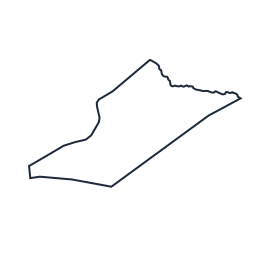 Abu Radis, Janub Sina', Egypt (Mercator projection), rotated 144°
{"feature_id": "37247803B44606701734202", "entity_name": "Abu Radis", "entity_type": "district", "adm_level": 2, "iso_a3": "EGY", "parent_name": "Egypt", "parent_adm1": "Janub Sina'", "projection": "mercator", "projection_center": [33.203, 29.047], "detail": "fine", "context": "isolated", "style": "outline", "palette": "slate", "viewbox_px": 256, "rotation_deg": 144, "n_neighbors": 0, "source": "geoboundaries", "source_scale": "gbopen_adm2", "svg_char_len": 1272}
<svg xmlns="http://www.w3.org/2000/svg" viewBox="0 0 256 256"><g transform="rotate(144 128 128)"><path d="M176.0,90.3L55.5,90.7L19.5,85.8L19.7,86.3L20.6,88.5L20.6,89.2L20.2,90.1L20.0,90.6L20.3,91.9L21.0,93.2L22.3,94.6L22.3,95.4L23.1,95.8L24.0,95.9L24.6,96.2L25.3,96.7L26.3,98.4L27.4,99.4L28.5,99.1L29.2,98.6L30.6,99.0L31.6,99.5L32.2,100.3L33.2,102.0L34.2,103.8L34.9,105.4L35.9,106.4L37.1,106.1L38.4,106.6L39.4,107.6L40.5,109.1L41.8,111.2L43.4,112.4L45.0,113.3L46.2,114.5L48.0,116.6L49.5,118.2L50.6,119.4L51.7,121.9L51.3,123.3L52.3,124.4L53.6,125.7L54.6,125.9L55.0,127.2L55.7,128.1L57.7,128.4L59.1,129.0L59.6,130.2L60.2,131.1L61.1,131.1L62.2,131.6L63.0,132.4L64.1,133.3L64.8,134.5L66.9,135.3L67.7,135.8L68.2,136.5L68.2,138.2L67.5,139.2L67.2,140.1L67.0,140.7L66.4,141.6L66.8,142.6L66.9,143.9L66.4,144.7L66.3,146.5L67.4,147.4L68.1,148.1L69.0,149.8L68.8,151.7L68.6,152.5L67.7,154.3L67.2,155.6L67.7,156.2L68.0,157.4L67.5,158.2L67.1,158.9L66.5,160.5L67.1,163.5L67.8,165.2L68.2,166.1L69.2,168.3L70.1,170.1L70.3,170.2L119.0,166.7L134.9,168.2L135.2,168.1L138.4,166.8L140.4,163.7L145.0,153.0L148.1,149.9L162.0,143.7L168.9,143.4L178.9,147.6L190.6,151.5L210.7,153.4L230.4,155.4L236.5,144.9L227.9,140.4L203.7,119.4L176.0,90.3Z" fill="none" stroke="#1e293b" stroke-width="2"/></g></svg>